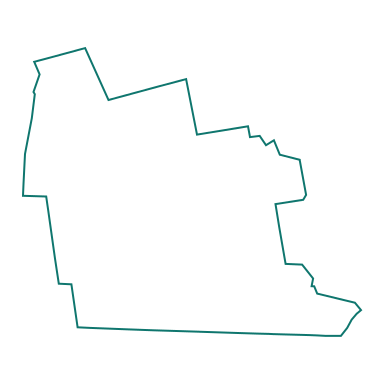 the district of Hillsborough, New Hampshire, United States of America
{"feature_id": "52423323B30528767978051", "entity_name": "Hillsborough", "entity_type": "district", "adm_level": 2, "iso_a3": "USA", "parent_name": "United States of America", "parent_adm1": "New Hampshire", "projection": "orthographic", "projection_center": [-71.618, 42.952], "detail": "fine", "context": "isolated", "style": "outline", "palette": "teal", "viewbox_px": 384, "rotation_deg": 0, "n_neighbors": 0, "source": "geoboundaries", "source_scale": "gbopen_adm2", "svg_char_len": 904}
<svg xmlns="http://www.w3.org/2000/svg" viewBox="0 0 384 384"><path d="M361.0,310.1L354.9,302.7L344.9,300.3L317.2,293.6L314.2,286.3L311.6,286.2L313.1,278.5L302.1,264.6L285.6,263.9L279.2,227.0L275.5,204.1L303.2,199.8L306.1,194.9L299.7,160.0L299.7,159.8L279.8,154.7L273.9,140.3L266.0,145.2L259.7,135.9L250.0,137.1L248.0,126.3L197.0,134.6L186.1,79.1L159.4,86.2L108.5,100.0L85.1,48.1L45.6,58.8L34.2,61.8L39.6,74.4L33.5,92.0L34.8,94.2L31.8,118.3L25.0,154.0L24.6,161.8L23.5,184.0L23.0,195.8L46.2,196.5L47.3,204.2L48.2,210.3L55.0,258.6L58.8,283.7L71.4,284.3L77.6,327.3L90.1,327.9L128.9,329.4L142.5,329.9L153.6,330.3L192.5,331.5L199.0,331.7L200.8,331.8L201.3,331.8L237.8,333.0L257.3,333.6L269.0,333.9L273.1,334.1L276.6,334.2L283.6,334.4L302.4,334.9L309.6,335.1L317.0,335.4L326.0,335.9L340.9,335.9L347.2,327.9L351.7,319.6L356.8,313.6L357.0,313.5L361.0,310.1Z" fill="none" stroke="#0f766e" stroke-width="2"/></svg>